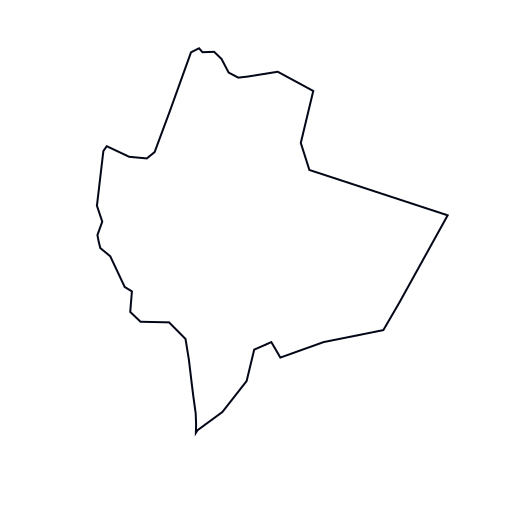 outline of Bourem, Gao, Mali, rotated 105°
{"feature_id": "8926073B86504284097699", "entity_name": "Bourem", "entity_type": "district", "adm_level": 2, "iso_a3": "MLI", "parent_name": "Mali", "parent_adm1": "Gao", "projection": "albers", "projection_center": [-0.233, 17.792], "detail": "fine", "context": "isolated", "style": "outline", "palette": "ink", "viewbox_px": 512, "rotation_deg": 105, "n_neighbors": 0, "source": "geoboundaries", "source_scale": "gbopen_adm2", "svg_char_len": 755}
<svg xmlns="http://www.w3.org/2000/svg" viewBox="0 0 512 512"><g transform="rotate(105 256 256)"><path d="M442.4,268.3L439.4,267.4L415.4,248.1L379.2,232.7L346.9,233.5L335.2,218.9L347.8,206.2L321.7,168.5L294.6,113.8L263.6,105.4L167.1,81.4L159.1,226.7L135.2,242.0L81.8,243.4L72.4,282.7L84.8,310.4L88.3,319.3L85.9,329.9L74.6,340.3L69.6,349.3L73.0,360.4L70.1,364.8L76.1,371.5L138.2,376.7L161.4,378.9L181.8,380.8L190.0,386.7L193.0,404.2L189.8,421.7L188.6,428.6L194.1,430.6L247.7,422.8L248.4,422.8L262.6,413.4L276.8,414.6L282.6,411.8L288.6,408.5L294.0,396.7L319.9,374.8L322.3,366.7L342.6,363.0L349.4,350.5L342.6,322.8L354.4,302.6L373.5,294.0L395.0,285.4L406.6,280.7L423.7,273.5L433.7,270.4L442.4,268.3Z" fill="none" stroke="#020617" stroke-width="2"/></g></svg>